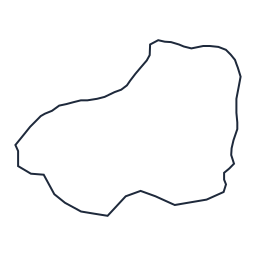 Asomatos Keryneias, Cyprus
{"feature_id": "46923920B22292626900654", "entity_name": "Asomatos Keryneias", "entity_type": "district", "adm_level": 2, "iso_a3": "CYP", "parent_name": "Cyprus", "parent_adm1": "", "projection": "natural_earth1", "projection_center": [33.086, 35.27], "detail": "fine", "context": "isolated", "style": "outline", "palette": "slate", "viewbox_px": 256, "rotation_deg": 0, "n_neighbors": 0, "source": "geoboundaries", "source_scale": "gbopen_adm2", "svg_char_len": 882}
<svg xmlns="http://www.w3.org/2000/svg" viewBox="0 0 256 256"><path d="M107.6,215.8L125.7,196.3L140.6,190.9L155.5,196.3L174.7,205.0L206.6,199.6L223.6,192.0L226.0,184.4L224.1,179.6L224.1,172.8L229.3,168.5L234.0,163.7L231.2,155.0L231.6,148.3L233.5,140.2L237.3,129.1L237.3,122.4L236.4,112.8L236.4,98.8L238.7,86.8L240.6,76.7L237.8,67.6L236.4,63.9L235.0,59.9L230.7,54.6L225.9,49.8L218.4,46.9L209.8,46.0L203.2,46.0L191.4,48.4L183.8,46.5L179.0,44.5L171.0,42.1L164.8,41.7L158.2,40.2L150.1,44.5L149.7,55.1L146.8,60.4L140.2,68.1L135.4,73.8L130.2,80.6L126.9,85.4L121.2,89.7L114.6,92.1L104.6,96.9L97.1,98.8L87.6,100.3L81.0,100.3L73.4,102.2L66.3,104.1L59.2,105.6L52.0,110.8L44.9,113.7L40.7,116.1L35.5,121.4L30.2,126.7L23.6,134.9L15.4,145.0L18.1,151.0L18.1,166.1L30.9,173.7L43.7,174.7L54.3,194.2L65.0,202.8L81.0,211.5L93.7,213.6L107.6,215.8Z" fill="none" stroke="#1e293b" stroke-width="2"/></svg>